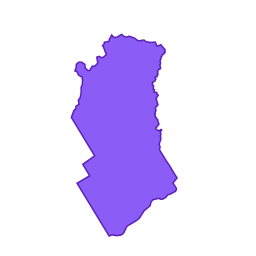 Kittitas, Washington, United States of America, rotated 59°
{"feature_id": "52423323B21025471162959", "entity_name": "Kittitas", "entity_type": "district", "adm_level": 2, "iso_a3": "USA", "parent_name": "United States of America", "parent_adm1": "Washington", "projection": "albers", "projection_center": [-120.862, 47.167], "detail": "fine", "context": "isolated", "style": "filled", "palette": "violet", "viewbox_px": 256, "rotation_deg": 59, "n_neighbors": 0, "source": "geoboundaries", "source_scale": "gbopen_adm2", "svg_char_len": 4710}
<svg xmlns="http://www.w3.org/2000/svg" viewBox="0 0 256 256"><g transform="rotate(59 128 128)"><path d="M49.4,141.3L51.8,144.1L53.2,142.8L57.3,143.1L60.8,141.2L63.5,142.3L67.4,144.9L68.8,147.1L73.9,150.2L77.3,153.3L78.6,156.3L82.5,157.7L82.5,161.3L84.9,163.1L84.9,165.0L89.7,171.1L134.7,170.9L135.8,185.4L149.2,185.5L149.1,200.1L156.2,200.1L210.9,199.8L211.3,196.8L214.3,193.4L216.1,189.4L216.0,186.3L211.6,179.3L211.7,169.2L211.3,165.1L207.2,156.7L206.0,149.1L203.5,146.6L202.3,143.7L204.2,137.7L205.8,136.9L206.9,134.5L206.9,131.2L205.8,128.6L206.5,125.0L206.7,120.0L206.1,118.7L204.7,117.6L198.3,117.8L196.1,111.7L191.8,111.8L187.8,111.8L183.0,111.8L179.6,111.9L175.3,112.1L163.9,112.2L162.4,112.0L161.9,111.6L161.6,111.0L161.1,110.5L159.8,110.0L158.9,109.9L158.1,109.9L157.2,108.7L156.1,107.8L155.6,106.7L154.9,106.0L154.3,105.7L153.1,104.9L152.6,104.5L152.2,104.6L151.9,104.8L151.2,104.5L151.0,103.6L150.3,103.0L149.6,102.8L148.1,102.4L147.5,100.9L147.1,100.2L146.7,100.1L146.2,100.7L146.3,101.7L146.6,102.6L146.2,103.2L145.7,103.3L144.5,104.1L143.6,104.5L142.8,104.5L142.0,104.0L142.0,103.2L141.8,102.0L141.1,100.8L140.9,99.8L140.1,99.3L139.0,99.1L137.9,99.2L136.7,98.3L135.7,98.5L135.4,98.7L135.2,98.6L134.7,98.8L134.5,98.7L134.4,98.6L133.5,98.5L133.3,98.6L132.9,98.7L132.8,98.8L132.6,98.7L132.4,98.7L132.1,98.7L131.9,98.5L131.8,98.4L131.7,98.4L131.1,98.5L130.8,98.2L130.6,98.2L130.4,98.1L130.1,97.7L129.9,97.4L129.8,97.2L129.6,97.2L129.5,97.3L129.4,97.4L129.2,97.4L129.1,97.0L129.0,96.9L128.8,96.8L128.6,96.6L128.3,96.4L128.1,96.2L128.0,95.8L127.8,95.5L127.7,95.4L127.4,95.2L127.0,94.9L126.9,94.8L126.7,94.8L126.2,94.8L125.9,94.7L125.7,94.4L125.3,94.3L125.2,94.3L124.7,94.1L124.6,93.8L124.5,93.7L124.4,93.5L124.4,93.4L124.4,93.2L124.3,92.8L124.1,92.4L124.0,92.0L124.0,91.8L123.9,91.7L123.9,91.4L124.0,91.2L123.8,90.8L123.5,90.5L123.4,90.4L123.3,90.2L123.0,90.1L122.6,90.1L122.3,90.1L122.0,90.0L121.7,90.1L121.1,89.8L120.7,89.7L119.9,89.4L119.4,89.2L118.9,89.1L118.5,89.1L118.2,89.1L117.8,89.1L117.6,89.1L117.3,88.8L117.2,88.4L117.1,88.2L116.8,88.0L116.5,87.8L116.4,87.2L116.3,86.7L116.0,86.4L115.7,86.1L115.7,85.9L115.5,85.5L115.4,85.3L115.4,85.2L115.2,85.2L115.1,85.4L115.0,85.5L114.6,85.6L114.2,85.7L113.9,85.6L113.5,85.5L113.3,85.5L113.1,85.3L112.6,85.1L112.4,85.1L112.2,85.3L111.8,85.7L111.5,86.0L111.4,86.1L111.5,86.3L111.4,86.5L111.2,86.7L111.0,87.0L110.8,87.1L110.6,87.0L110.4,86.9L110.2,86.8L110.0,86.7L109.7,86.5L109.4,86.3L109.2,86.0L109.0,85.8L108.9,85.7L108.7,85.6L108.5,85.8L108.2,85.9L108.1,86.0L107.9,86.3L107.7,86.4L107.6,86.5L107.4,86.4L107.0,86.1L106.8,85.8L106.7,85.6L106.4,85.5L106.0,85.2L105.7,84.7L105.3,84.4L105.2,84.4L105.1,84.6L104.6,84.6L104.4,84.6L104.1,84.5L103.9,84.5L103.7,84.7L103.5,84.8L103.3,84.8L102.8,84.3L102.7,84.3L102.4,84.1L102.2,84.0L102.1,83.9L101.9,83.7L101.6,83.5L101.6,83.3L101.5,83.2L101.6,82.8L101.5,82.7L101.6,82.3L101.6,82.2L101.5,81.9L101.5,81.7L101.6,81.2L101.7,80.9L101.4,80.8L101.3,80.7L101.2,80.5L101.0,80.3L100.8,80.1L100.8,79.8L100.8,79.6L100.8,79.4L100.7,79.2L100.4,79.0L99.7,79.0L99.5,78.9L99.4,78.9L98.9,78.8L98.5,78.7L98.4,78.6L98.3,78.4L98.4,78.0L98.4,77.8L98.7,77.4L99.0,76.9L98.7,76.5L98.5,76.2L98.4,76.2L98.2,76.2L98.0,75.9L97.9,75.6L97.7,75.5L97.6,75.4L97.6,75.2L97.6,74.9L97.2,74.8L97.0,74.5L96.8,74.5L96.5,74.2L96.4,74.2L96.1,74.2L95.8,74.0L95.6,73.9L95.3,73.8L95.2,73.7L94.9,73.5L94.5,72.9L94.4,72.6L94.2,72.4L93.9,72.0L93.9,71.8L93.8,71.7L93.7,71.6L93.6,71.4L93.6,71.1L93.7,70.8L93.9,70.7L94.0,70.4L93.9,70.3L93.8,70.1L93.7,69.8L93.4,69.6L93.4,69.4L93.4,69.2L92.8,69.0L92.6,68.9L92.3,68.8L92.2,68.7L91.9,68.6L91.7,68.6L91.4,68.6L91.2,68.6L90.9,68.5L90.7,68.4L90.3,68.2L90.2,68.0L90.1,67.9L90.1,67.7L90.1,67.4L89.9,67.3L89.6,67.1L89.4,66.9L89.0,66.6L88.7,66.4L88.4,66.3L88.1,66.3L87.8,66.3L87.7,66.4L87.1,65.9L86.8,65.8L86.7,65.6L86.4,65.2L86.2,65.2L86.1,64.8L86.1,64.6L85.7,64.3L85.6,64.2L85.4,64.0L85.2,63.9L85.0,63.7L84.8,63.6L84.6,63.7L84.4,63.6L84.3,63.2L84.2,62.9L84.2,62.7L84.1,62.2L83.8,62.0L83.7,61.9L83.4,61.5L83.2,61.2L82.9,60.6L82.8,60.4L82.9,60.1L83.1,59.9L83.1,59.7L83.0,59.4L82.9,59.2L82.7,59.0L82.7,58.8L82.7,58.6L82.5,58.4L82.6,57.9L82.5,57.7L82.4,57.6L82.2,57.3L82.1,57.2L81.7,57.0L81.4,57.2L81.2,57.1L80.9,56.9L80.8,56.7L80.7,56.7L80.5,56.4L80.4,56.2L80.1,55.9L73.5,57.0L73.0,60.9L68.4,60.4L66.3,64.6L63.1,68.2L60.8,69.0L58.6,74.4L54.5,76.0L49.9,79.7L49.2,83.0L46.3,84.7L44.4,85.3L44.5,90.5L43.1,93.5L39.9,94.1L42.3,98.2L43.9,99.8L42.3,104.2L43.6,104.8L44.2,107.4L46.0,107.3L54.0,108.8L54.6,112.3L54.2,114.5L51.8,115.7L51.2,118.3L56.7,120.4L57.9,124.5L56.6,126.8L58.9,131.1L58.2,132.7L54.6,133.8L51.2,132.2L47.9,133.7L46.2,136.2L46.8,139.5L49.4,141.3Z" fill="#8b5cf6" stroke="#5b21b6" stroke-width="1.5"/></g></svg>